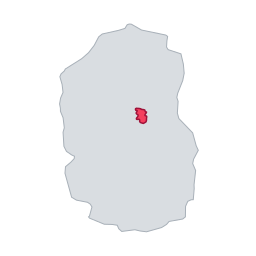 where Rosoman sits in North Macedonia, rotated 278°
{"feature_id": "MKD-2907", "entity_name": "Rosoman", "entity_type": "Statistical Region", "adm_level": 1, "iso_a3": "MKD", "parent_name": "North Macedonia", "parent_adm1": "", "projection": "robinson", "projection_center": [21.9, 41.493], "detail": "fine", "context": "in_parent", "style": "filled", "palette": "rose", "viewbox_px": 256, "rotation_deg": 278, "n_neighbors": 0, "source": "natural_earth", "source_scale": "10m", "svg_char_len": 1919}
<svg xmlns="http://www.w3.org/2000/svg" viewBox="0 0 256 256"><g transform="rotate(278 128 128)"><path d="M114.9,64.3L119.3,64.9L129.1,62.3L135.1,58.8L138.2,58.3L142.3,56.9L148.3,57.1L154.2,58.7L161.9,56.7L169.3,53.4L172.3,54.2L175.6,57.0L177.7,57.7L190.2,72.5L197.0,78.4L205.0,83.0L214.2,86.3L217.5,89.4L223.4,105.1L226.2,111.1L230.1,112.8L231.1,114.6L231.3,116.8L226.9,127.8L225.3,152.5L224.2,154.5L219.6,154.4L213.5,154.9L211.2,156.8L208.8,170.1L199.0,173.9L190.1,176.0L182.6,175.6L169.4,172.4L165.0,172.1L161.4,173.9L149.6,174.8L144.4,177.1L132.2,192.7L119.9,198.0L115.7,200.7L106.3,197.3L101.8,197.0L95.3,200.9L81.0,201.3L77.1,202.0L66.1,202.6L65.7,200.5L63.7,197.4L58.5,195.9L48.0,197.2L45.5,194.9L41.2,181.7L37.9,179.6L34.1,175.1L27.8,160.8L27.7,154.5L28.2,149.0L24.7,136.2L26.9,132.9L30.2,130.9L30.3,125.7L29.4,117.9L33.4,102.4L34.5,101.3L35.4,102.1L44.8,103.3L47.3,101.3L48.8,98.3L49.4,87.0L51.6,81.8L74.4,71.9L81.0,71.5L86.1,76.1L90.2,79.0L92.6,78.9L93.5,75.9L96.3,70.3L100.9,67.1L114.7,64.3L114.9,64.3Z" fill="#d9dde1" stroke="#a8b0b8" stroke-width="1"/><path d="M134.7,142.6L134.7,142.2L134.9,140.9L135.0,140.3L135.2,139.5L135.3,139.4L135.7,138.9L136.2,138.6L137.1,138.5L137.5,138.5L137.9,138.2L138.1,137.9L138.1,137.4L138.0,136.5L137.8,136.2L137.8,135.8L137.8,135.3L138.1,135.1L138.7,135.0L139.3,135.2L139.8,135.6L141.0,136.2L142.2,136.2L142.6,135.7L142.9,134.9L143.4,134.3L143.9,134.0L144.9,134.2L145.4,134.6L146.0,134.6L146.5,134.6L146.6,134.2L146.7,133.2L147.4,132.8L148.1,132.8L148.8,133.1L148.7,133.1L148.7,134.1L148.9,136.2L148.8,138.0L148.5,138.2L148.3,139.1L148.4,140.4L148.2,142.0L147.3,142.5L146.8,142.8L146.4,143.2L146.4,144.0L146.0,144.1L145.5,144.0L144.8,143.5L144.2,143.2L143.6,143.0L142.9,143.0L142.6,143.3L142.4,144.6L141.8,145.0L140.6,145.0L139.3,145.0L138.8,145.2L138.2,145.2L136.7,145.0L136.0,144.3L135.2,143.3L134.7,142.6Z" fill="#f43f5e" stroke="#9f1239" stroke-width="1.5"/></g></svg>